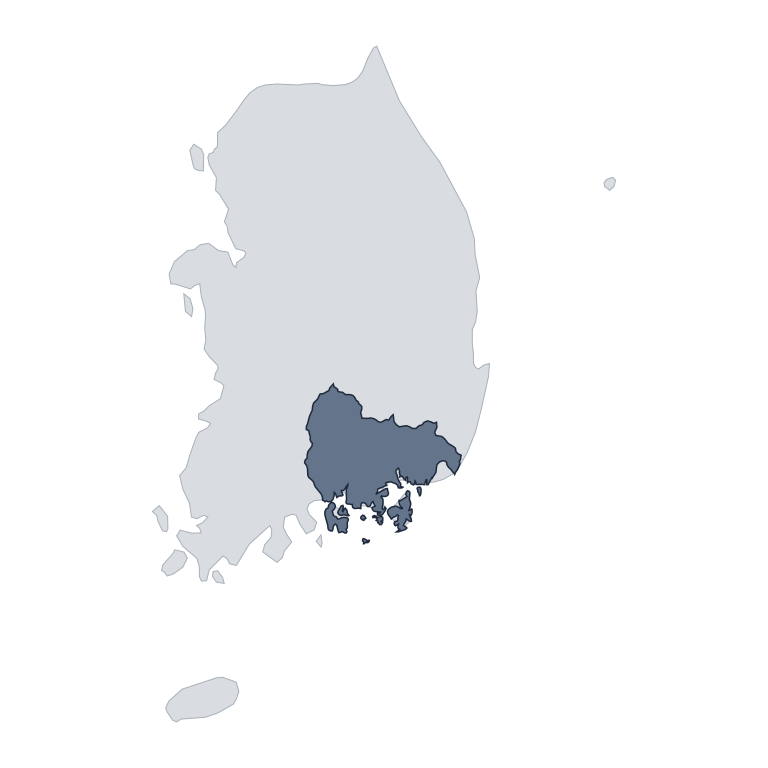 where South Gyeongsang sits in South Korea
{"feature_id": "KOR-2505", "entity_name": "South Gyeongsang", "entity_type": "Province", "adm_level": 1, "iso_a3": "KOR", "parent_name": "South Korea", "parent_adm1": "", "projection": "equal_earth", "projection_center": [128.367, 35.249], "detail": "fine", "context": "in_parent", "style": "filled", "palette": "slate", "viewbox_px": 768, "rotation_deg": 0, "n_neighbors": 0, "source": "natural_earth", "source_scale": "10m", "svg_char_len": 9315}
<svg xmlns="http://www.w3.org/2000/svg" viewBox="0 0 768 768"><path d="M214.4,149.2L217.3,146.9L217.5,143.6L217.6,132.6L225.8,125.0L237.5,109.4L243.3,100.9L249.8,92.9L257.3,87.6L264.7,85.1L276.3,84.0L298.4,85.0L302.8,84.1L318.2,83.3L321.8,84.7L333.1,85.6L345.5,84.6L351.7,82.3L357.5,78.4L362.6,71.3L367.8,58.3L373.4,48.0L376.7,46.1L399.4,100.8L421.2,136.3L439.8,162.1L466.5,211.7L474.3,238.4L475.2,254.9L479.7,277.6L476.0,290.7L477.2,311.3L475.6,321.9L472.3,329.7L472.3,344.7L473.4,352.7L473.5,363.3L475.6,367.5L478.7,369.0L483.5,365.2L489.5,363.5L488.5,376.4L481.4,408.8L475.3,432.5L466.9,453.2L456.1,472.1L443.1,479.5L434.0,482.1L416.5,483.1L402.0,479.9L389.6,482.2L384.6,486.2L380.9,492.9L383.6,503.4L383.2,511.2L377.9,510.6L367.3,506.1L355.6,505.4L350.1,503.2L344.6,492.1L339.0,492.5L329.2,499.1L314.2,500.6L308.9,504.1L307.0,508.7L309.2,514.5L316.7,522.2L314.2,529.9L306.3,533.8L300.0,524.3L296.0,515.0L291.6,514.4L284.7,517.1L283.3,527.2L286.5,534.0L291.7,542.0L284.3,551.1L282.3,557.7L277.0,562.4L262.7,551.9L264.8,544.5L271.0,537.4L271.8,530.0L269.8,525.6L249.2,544.3L236.4,565.4L229.7,563.9L226.9,558.4L222.9,556.2L209.2,569.9L206.6,580.7L201.5,581.1L199.4,576.5L199.3,566.8L197.0,558.5L182.9,546.4L176.6,535.9L180.1,530.1L191.9,533.2L201.2,532.8L199.4,527.8L196.4,525.5L202.7,522.7L207.9,516.9L203.6,515.4L197.0,518.7L191.5,517.1L189.5,503.3L182.9,489.2L179.6,475.6L186.2,467.7L189.7,455.5L195.9,437.8L199.0,432.1L207.5,427.9L210.5,423.4L205.9,421.0L198.5,419.0L198.7,413.9L203.8,411.1L209.5,405.5L220.4,398.7L223.9,385.8L220.8,382.6L214.0,379.5L215.6,373.0L218.4,368.1L217.4,365.1L209.4,356.8L204.1,349.1L205.8,340.5L204.7,327.4L205.5,316.4L205.2,310.4L201.4,297.0L199.7,283.6L194.6,285.6L190.4,288.9L175.6,284.2L170.9,283.9L169.1,273.9L174.5,261.6L187.2,250.8L194.5,249.5L200.0,244.8L208.5,243.3L218.6,250.6L227.8,252.1L232.8,264.7L235.9,267.4L236.5,262.7L244.0,257.3L245.8,253.2L244.2,250.9L235.7,248.7L228.2,233.0L227.1,226.1L224.4,221.7L228.6,209.2L219.9,194.9L215.6,190.5L216.4,177.6L211.8,169.5L209.3,165.0L207.8,157.3L209.2,153.8L213.2,152.5L214.4,149.2ZM181.0,719.1L176.7,721.9L172.7,720.2L171.7,718.9L166.9,711.6L165.7,707.9L169.0,700.8L182.3,689.1L216.5,677.8L222.6,677.3L236.1,682.1L238.9,691.2L236.4,699.0L233.3,704.2L217.6,713.0L205.4,717.2L181.0,719.1ZM411.4,520.2L402.5,527.9L390.4,517.5L387.5,511.8L396.7,503.4L404.4,493.8L409.5,493.2L411.4,520.2ZM347.4,519.3L346.3,531.6L339.6,532.2L335.6,524.2L331.4,528.1L329.2,528.2L325.9,518.3L325.3,510.6L333.2,504.8L337.9,508.3L344.8,510.1L347.4,519.3ZM173.3,574.0L167.2,576.0L163.9,571.6L161.5,570.5L162.9,564.8L172.9,553.6L174.8,549.8L184.0,552.1L187.3,558.0L183.0,567.0L173.3,574.0ZM203.8,154.8L203.3,171.0L198.1,170.3L194.6,168.7L193.2,165.5L189.8,150.4L193.8,144.2L201.4,149.2L203.8,154.8ZM167.9,528.6L166.6,531.7L162.5,530.8L158.3,522.1L156.6,515.3L152.4,511.5L159.2,505.6L167.6,516.3L167.9,528.6ZM192.9,308.6L191.6,316.6L185.4,311.3L183.8,293.7L190.1,298.8L192.9,308.6ZM613.9,186.6L609.7,190.3L604.7,186.6L604.0,182.7L606.6,179.4L612.7,177.3L615.6,180.3L613.9,186.6ZM222.6,577.4L224.2,583.4L216.5,582.2L212.5,576.5L213.1,571.5L217.6,570.8L222.6,577.4ZM322.1,543.3L321.0,547.1L316.2,541.3L321.0,534.8L322.1,543.3Z" fill="#d9dde1" stroke="#a8b0b8" stroke-width="1"/><path d="M432.3,478.2L431.9,477.7L428.1,484.6L426.8,484.7L426.8,479.8L426.2,479.7L425.4,481.7L424.7,484.7L422.4,484.4L416.1,484.5L415.8,482.2L415.1,481.0L414.3,484.4L413.3,484.9L411.1,483.8L410.1,481.7L409.0,481.6L407.5,482.8L407.5,477.3L407.1,476.9L406.3,477.2L405.6,478.4L405.6,480.3L404.1,479.1L402.9,477.2L401.6,476.1L399.7,476.9L400.1,475.1L399.3,472.6L399.7,471.7L398.7,468.4L398.2,468.1L397.1,469.1L395.9,471.1L395.9,472.5L397.1,475.2L397.8,478.5L398.2,479.7L399.0,481.2L400.6,483.5L400.8,484.7L400.3,486.3L402.9,487.2L402.1,487.8L401.3,488.0L399.4,488.0L398.3,487.8L397.7,485.5L396.1,483.9L391.0,481.9L389.6,481.8L386.5,482.5L385.6,482.9L385.7,483.8L386.8,485.5L385.0,485.9L381.8,487.6L378.1,488.7L377.6,490.3L377.4,492.0L376.4,493.2L376.4,494.0L385.8,488.6L387.4,488.5L387.7,490.7L388.3,492.3L388.5,493.7L387.7,495.4L386.5,496.1L384.7,496.5L382.8,496.4L381.6,495.8L381.0,497.0L381.4,497.6L382.3,498.2L382.9,499.3L383.0,499.9L382.9,503.5L382.2,508.6L383.1,509.5L383.9,509.2L384.6,508.2L384.9,507.0L386.1,508.6L384.8,511.2L382.4,514.6L380.3,515.3L377.5,515.1L377.5,513.1L380.1,513.0L380.6,512.1L374.7,511.4L373.5,510.9L372.1,508.8L371.9,507.8L372.9,507.1L375.1,506.2L372.9,501.5L371.4,503.2L369.8,506.4L367.6,506.6L365.6,503.6L364.6,502.9L362.4,502.7L361.5,503.3L360.9,504.8L360.8,506.7L360.8,508.6L358.8,508.2L354.4,508.5L352.7,507.4L352.5,506.7L352.3,504.4L351.9,504.3L350.8,504.5L349.5,504.1L347.3,503.9L346.5,503.5L346.0,502.5L346.1,501.5L346.5,499.7L346.3,490.4L346.5,488.9L347.7,486.1L347.8,484.5L346.3,486.5L345.1,488.7L343.6,490.4L341.3,490.6L343.0,495.0L341.9,495.9L339.3,495.9L336.8,497.5L335.8,494.5L335.3,493.3L334.2,492.4L333.9,496.4L332.9,499.6L330.9,501.6L328.4,501.8L326.5,501.1L325.7,501.2L325.1,501.8L323.7,500.6L322.7,500.3L322.5,499.7L322.5,497.4L321.2,494.0L315.4,487.0L314.4,484.7L313.5,482.0L311.4,479.6L309.1,477.8L307.8,475.3L307.5,468.6L306.5,465.4L304.6,462.9L305.1,460.2L307.1,458.0L307.2,454.9L307.9,451.6L311.8,446.5L312.4,443.0L311.1,442.1L310.1,439.7L310.3,436.5L309.2,433.5L309.1,432.0L308.7,430.6L306.3,429.5L306.4,426.3L307.7,423.4L308.6,419.5L309.7,415.8L312.3,410.0L312.6,406.2L313.7,402.9L315.8,400.9L317.9,398.6L319.7,394.4L320.6,393.8L321.9,393.9L324.2,393.2L328.9,390.5L329.8,387.9L333.3,383.9L334.0,386.7L335.9,387.9L337.7,389.4L337.7,390.4L338.1,391.4L339.6,392.0L342.5,392.3L345.3,394.5L350.6,394.7L353.1,395.6L354.9,397.7L356.1,400.2L358.2,401.8L359.1,404.1L360.5,405.0L361.8,406.6L361.7,409.6L360.6,412.4L362.0,418.2L367.9,418.4L370.7,418.0L373.4,418.5L376.0,419.8L378.4,421.8L381.1,422.3L386.1,419.5L388.7,420.1L391.1,416.5L393.2,414.7L394.0,421.6L396.4,424.8L399.4,426.8L406.3,425.7L409.4,426.7L412.3,428.4L415.9,428.5L418.9,425.8L420.3,425.3L421.7,425.1L422.9,423.9L424.0,422.4L427.4,420.9L431.1,421.9L433.8,423.3L436.5,422.3L436.9,427.3L434.6,432.4L436.0,435.5L441.8,436.5L444.3,438.5L448.3,443.5L453.2,446.4L455.4,448.2L456.0,451.7L458.1,453.9L460.8,455.0L461.2,455.3L460.7,457.0L460.6,459.3L459.4,461.5L459.9,463.2L460.0,463.9L457.4,469.7L455.7,471.9L454.7,474.4L454.5,473.9L452.6,471.8L450.9,469.4L448.7,467.5L447.0,465.0L446.5,462.2L444.6,460.9L442.2,460.8L440.0,461.8L438.2,463.2L436.8,465.0L435.9,472.4L434.5,474.7L433.1,476.6L432.3,478.2ZM412.1,511.3L412.0,512.8L411.6,514.4L410.7,515.3L409.5,514.7L410.0,516.4L411.2,519.2L411.5,521.2L410.7,521.5L409.1,520.9L406.2,519.0L405.6,521.7L404.0,523.8L403.5,525.4L404.6,526.3L406.2,527.1L406.9,528.0L405.5,529.4L398.6,531.8L396.5,531.9L399.8,529.4L398.4,528.7L397.9,527.5L398.0,526.0L398.5,524.2L395.5,525.8L394.7,525.2L394.2,523.7L394.3,522.3L394.9,521.6L397.2,521.1L397.9,519.7L397.9,517.8L398.5,515.5L397.2,514.7L396.2,516.0L392.8,517.6L391.3,519.0L390.2,517.1L388.9,515.5L387.8,513.7L387.5,511.3L388.1,509.9L389.3,508.6L390.8,507.5L392.0,507.0L395.5,506.2L396.5,506.2L398.1,506.9L400.6,508.5L402.3,508.6L402.3,507.8L400.6,506.6L399.6,504.7L399.1,502.6L399.0,500.5L400.3,500.7L406.9,496.6L405.8,494.3L406.3,492.0L407.7,490.7L409.4,491.5L409.8,492.5L409.9,493.7L409.3,498.4L409.3,499.1L410.7,503.0L410.7,504.6L410.3,506.1L408.9,510.4L410.8,509.7L411.7,509.0L412.0,509.2L412.1,511.3ZM347.8,518.1L348.3,519.5L348.0,520.8L347.4,522.1L347.2,523.8L347.4,526.4L347.3,527.8L346.8,528.5L346.1,529.0L346.9,531.5L346.5,532.8L345.0,533.1L342.1,531.5L340.4,532.3L338.8,532.6L337.9,530.1L336.8,525.1L335.3,524.1L334.0,525.1L333.2,527.2L332.8,529.8L332.3,530.9L330.9,531.0L329.5,530.4L328.6,529.8L328.1,528.7L327.7,525.1L325.1,515.8L324.8,513.5L325.0,511.3L326.1,509.1L326.8,508.5L327.6,508.3L328.1,507.9L328.6,505.2L329.2,504.4L330.7,503.1L331.9,502.4L333.4,502.9L334.6,504.1L335.3,505.7L335.2,507.3L334.4,508.9L332.2,511.3L332.6,512.2L333.1,514.4L333.6,515.5L334.4,516.2L336.4,516.9L337.6,519.1L339.4,518.8L341.7,517.8L343.9,517.3L347.8,518.1ZM347.5,513.5L349.0,515.5L348.0,515.8L343.7,514.6L341.3,515.4L340.0,515.2L338.6,514.3L337.7,512.5L338.4,510.6L339.7,508.7L340.5,507.0L341.4,505.8L342.9,505.4L343.4,506.7L342.4,510.2L342.5,511.3L343.0,511.7L343.5,510.3L344.6,508.4L345.5,508.2L345.8,509.1L346.8,509.9L347.5,513.5ZM377.7,517.5L380.1,516.7L381.8,516.5L382.7,517.5L382.9,519.2L382.4,520.2L382.8,520.8L382.4,521.5L381.4,521.1L381.0,521.3L381.1,521.7L381.8,521.8L382.6,522.5L381.3,524.6L379.7,524.6L379.0,523.7L378.6,522.7L377.8,522.7L378.0,521.8L377.8,521.0L376.6,520.8L376.1,520.4L377.0,519.6L377.2,518.7L376.3,517.9L374.6,517.3L373.5,517.6L372.8,517.6L372.6,516.8L373.4,515.9L374.5,515.5L376.0,516.2L377.7,517.5ZM421.0,492.1L420.6,494.7L420.0,495.7L419.5,495.8L418.8,493.1L418.1,492.3L417.8,491.6L417.9,490.7L417.1,488.7L417.3,487.8L418.3,487.2L419.4,487.1L420.4,487.4L421.0,489.0L421.0,492.1ZM369.1,540.2L369.3,540.4L369.2,541.1L368.3,542.3L367.9,542.6L365.6,542.6L364.6,543.2L364.1,543.7L363.5,543.8L363.5,543.4L363.8,542.6L363.7,541.9L362.5,541.0L362.8,539.1L363.2,538.7L363.9,538.6L366.9,540.3L366.9,541.1L367.3,541.1L369.1,540.2ZM363.9,515.5L365.3,517.2L365.9,518.2L365.5,518.8L364.5,518.8L364.0,519.1L364.1,520.0L363.8,520.4L362.3,519.8L361.3,519.0L360.7,518.0L360.8,517.4L361.4,516.2L362.7,515.2L363.9,515.5Z" fill="#64748b" stroke="#1e293b" stroke-width="1.5"/></svg>